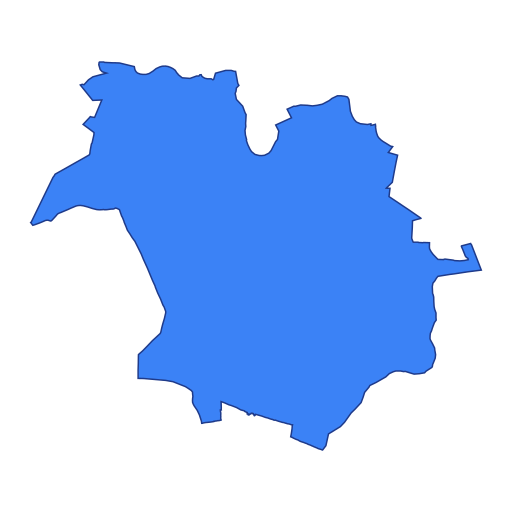 Zabrani, Arad, Romania (Equal Earth projection)
{"feature_id": "2599482B97657838869251", "entity_name": "Zabrani", "entity_type": "district", "adm_level": 2, "iso_a3": "ROU", "parent_name": "Romania", "parent_adm1": "Arad", "projection": "equal_earth", "projection_center": [21.569, 46.052], "detail": "fine", "context": "isolated", "style": "filled", "palette": "blue", "viewbox_px": 512, "rotation_deg": 0, "n_neighbors": 0, "source": "geoboundaries", "source_scale": "gbopen_adm2", "svg_char_len": 5937}
<svg xmlns="http://www.w3.org/2000/svg" viewBox="0 0 512 512"><path d="M322.6,450.0L325.9,445.7L328.5,433.9L340.4,426.6L344.5,422.3L351.1,413.0L355.0,409.2L361.1,402.6L363.2,396.9L364.6,392.4L369.0,387.1L369.8,385.5L376.0,382.5L385.8,376.9L389.3,373.6L393.4,371.7L395.8,371.0L400.6,371.0L403.6,371.6L405.3,371.4L410.7,373.1L414.1,374.1L419.4,373.7L424.6,372.8L425.9,371.3L426.9,370.6L431.6,367.6L432.3,366.8L432.7,364.3L433.3,363.0L435.2,358.2L435.6,354.7L435.2,352.2L434.8,350.2L434.6,348.0L432.6,343.9L430.5,340.1L430.0,338.6L430.1,335.4L430.4,333.2L431.5,330.9L432.5,327.7L434.4,322.6L436.2,320.1L436.0,317.7L436.0,313.0L434.7,309.4L434.1,306.5L433.8,301.6L433.7,297.1L433.2,294.9L432.6,293.5L432.3,286.6L432.9,283.2L434.8,280.9L436.6,277.9L438.0,276.3L449.9,274.4L454.0,273.9L467.8,271.8L481.3,270.1L475.0,253.8L471.5,244.8L470.7,243.8L470.6,243.5L461.5,245.9L461.4,246.5L462.7,249.4L464.5,253.9L465.2,255.8L466.3,257.3L468.0,258.4L468.2,259.7L464.4,260.5L459.8,260.9L454.6,260.6L453.1,260.1L445.2,259.1L444.1,259.2L443.7,259.6L437.9,259.4L433.1,254.4L431.1,251.7L429.6,248.9L429.4,247.0L429.5,242.7L423.7,242.5L422.8,242.7L418.7,242.5L418.1,242.2L413.4,242.2L413.1,242.0L411.8,238.7L411.7,237.8L412.3,227.6L412.5,220.8L415.9,219.7L420.9,218.4L420.8,218.1L409.2,210.1L389.0,196.6L390.0,188.3L386.3,188.2L386.5,187.9L392.3,182.3L394.2,172.0L396.1,162.1L397.6,155.2L388.3,152.5L392.7,146.6L392.4,146.5L390.7,146.2L386.2,143.4L382.9,141.4L380.9,139.9L378.7,137.7L377.7,136.2L376.6,133.1L376.1,131.0L375.5,126.7L375.7,126.2L375.6,125.9L375.4,124.3L373.3,124.9L371.0,125.4L370.9,123.8L367.4,124.5L360.3,123.7L356.4,122.0L354.3,119.7L352.3,116.3L350.4,111.3L348.9,99.4L347.5,97.0L344.9,96.3L341.1,95.8L337.4,95.8L332.0,98.4L329.2,100.6L322.3,104.2L317.2,105.3L312.5,105.9L307.3,105.3L300.6,105.0L295.4,106.3L293.8,106.2L287.1,109.2L291.5,117.8L275.7,125.0L278.8,131.1L277.5,139.4L275.6,141.7L271.1,150.6L268.8,153.2L264.5,155.3L261.5,155.6L259.1,155.5L254.9,154.4L251.5,151.6L249.9,149.1L247.8,144.7L246.4,140.6L246.6,139.6L245.4,134.9L245.0,130.5L245.8,126.6L245.6,123.3L245.8,120.6L246.1,114.6L245.0,112.6L242.7,106.2L236.4,99.4L235.2,93.4L236.0,91.3L236.4,88.0L238.9,85.4L237.8,83.5L235.6,71.4L234.1,71.3L231.2,70.4L225.7,70.4L215.5,73.2L213.7,79.3L212.9,79.8L211.2,78.8L207.4,78.8L204.7,78.2L202.0,76.5L201.2,74.7L199.8,74.8L198.9,76.0L196.6,76.0L190.0,78.4L182.2,77.8L178.2,74.6L178.0,74.1L176.7,72.7L175.2,70.3L172.9,68.6L170.5,67.4L168.0,66.5L165.5,66.1L162.3,66.2L159.8,66.9L156.1,68.6L153.0,71.1L149.2,73.5L146.1,74.4L142.8,74.4L140.3,74.1L137.4,73.0L135.9,71.5L134.9,69.6L134.3,66.6L119.6,63.0L114.8,62.8L112.7,62.8L104.5,62.4L103.8,62.0L99.6,62.0L99.1,62.4L98.8,64.8L100.2,69.6L102.3,71.8L106.5,73.1L92.9,76.8L88.5,79.8L84.0,84.7L82.2,84.3L80.3,85.0L92.7,100.4L101.8,100.0L94.6,117.4L91.5,117.0L90.3,116.6L89.4,117.7L83.1,124.4L94.0,132.5L93.9,134.8L92.1,142.9L91.4,144.0L90.2,150.5L89.8,153.9L89.1,155.0L55.1,174.2L54.2,175.8L53.0,177.4L31.2,222.2L30.7,222.5L32.8,225.3L34.5,224.8L39.5,223.0L43.6,221.3L45.1,220.6L45.8,220.4L47.0,220.2L47.8,220.2L48.3,220.3L50.5,221.0L50.8,221.0L51.3,220.8L52.1,220.1L55.7,216.2L57.1,214.5L57.7,213.9L58.4,213.5L59.4,213.0L60.6,212.6L68.2,209.4L70.8,208.2L75.8,206.1L76.9,205.8L77.8,205.6L80.2,205.4L83.3,205.8L85.2,206.3L87.5,206.9L92.4,208.5L96.8,209.6L98.2,209.7L99.4,209.8L102.2,209.7L103.4,209.5L104.1,209.7L106.2,209.7L107.4,209.6L111.0,209.1L113.4,209.0L114.5,208.6L115.2,208.1L115.8,208.1L117.0,208.4L119.4,209.6L121.6,216.0L122.3,217.2L122.7,218.1L123.5,220.1L124.0,221.4L124.2,222.3L126.1,226.8L127.3,230.0L127.8,230.8L129.9,233.9L130.7,235.2L132.1,237.5L134.2,240.4L134.9,241.3L141.2,253.9L143.4,259.3L147.5,268.3L150.5,275.6L152.5,280.4L155.1,286.1L155.3,287.0L157.7,293.0L160.6,299.1L162.9,305.0L164.1,307.0L165.7,311.4L165.7,312.9L164.4,318.5L162.7,324.2L161.7,328.1L160.9,331.8L160.3,333.4L152.3,340.8L147.4,346.0L142.4,351.1L138.5,354.5L138.4,356.1L138.3,363.2L138.1,370.2L138.1,378.4L143.6,378.5L165.7,380.4L173.0,381.7L185.4,386.6L187.8,388.1L191.3,390.5L192.5,392.0L192.6,394.1L192.9,396.4L192.6,398.5L192.5,400.4L192.6,402.4L193.3,404.2L194.2,405.9L197.2,410.3L199.4,414.9L201.4,421.1L201.7,423.3L202.2,423.3L202.7,423.2L203.5,422.9L206.0,422.5L207.4,422.4L211.0,422.0L212.9,421.7L213.4,421.6L213.6,421.6L213.9,421.3L214.1,421.4L214.3,421.4L214.4,421.2L214.8,421.2L215.7,421.0L216.9,420.9L217.4,420.7L219.1,420.6L221.1,420.1L221.1,419.9L220.8,418.8L220.7,418.5L220.7,417.9L220.8,416.6L220.7,415.2L220.8,414.7L220.7,414.4L220.8,413.4L220.8,413.0L220.5,411.7L220.4,410.8L220.4,410.1L220.4,409.9L221.3,409.9L221.2,409.1L221.3,408.1L221.1,401.6L224.7,402.9L228.9,404.8L231.0,405.4L236.5,407.5L240.8,409.9L243.8,410.7L244.5,410.9L244.7,411.1L244.7,411.4L244.8,411.5L245.6,411.7L246.2,412.2L246.9,412.3L247.3,412.5L247.2,413.3L247.1,413.9L247.3,414.0L247.8,413.9L248.2,414.1L248.4,414.3L248.2,414.8L248.6,415.0L249.2,414.9L249.3,414.7L249.5,414.5L249.5,414.4L249.4,414.2L249.8,414.3L250.3,414.0L250.8,414.0L251.2,413.2L252.2,413.2L252.8,413.5L253.2,413.5L253.3,413.6L253.0,413.9L253.0,414.0L253.4,414.3L253.5,414.5L254.2,414.8L254.3,414.9L254.1,415.2L254.1,415.5L254.3,415.7L254.6,415.7L254.8,415.5L254.9,415.4L254.9,415.0L255.0,414.9L255.3,414.9L255.4,414.4L255.5,414.3L261.6,416.0L265.4,417.4L267.9,418.0L269.4,418.6L271.5,419.3L271.9,419.3L272.4,419.4L272.9,419.7L273.3,419.7L273.8,420.1L274.5,420.2L275.2,420.1L278.4,421.2L282.5,422.4L283.9,422.6L285.6,423.2L286.2,423.3L287.2,423.7L288.6,423.9L289.6,424.1L291.4,424.8L291.8,424.8L292.3,424.8L292.5,424.8L292.2,426.3L292.1,428.3L291.8,430.5L291.3,433.8L290.7,436.8L292.4,437.5L293.2,438.0L296.2,439.4L297.8,439.9L299.8,441.1L301.2,441.7L301.9,441.9L303.8,442.5L305.0,443.0L307.3,443.8L308.0,444.3L310.4,445.1L312.2,446.0L312.7,446.1L313.2,446.4L313.5,446.5L314.2,446.9L314.9,447.1L315.5,447.4L316.6,447.8L318.2,448.6L318.8,448.8L320.9,449.4L321.8,449.8L322.6,450.0Z" fill="#3b82f6" stroke="#1e3a8a" stroke-width="1.5"/></svg>